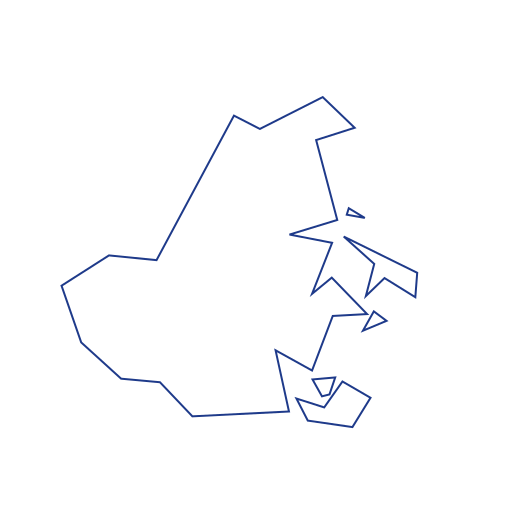 an SVG outline of South Gyeongsang, rotated 295°
{"feature_id": "KOR-2505", "entity_name": "South Gyeongsang", "entity_type": "Province", "adm_level": 1, "iso_a3": "KOR", "parent_name": "South Korea", "parent_adm1": "", "projection": "equal_earth", "projection_center": [128.367, 35.249], "detail": "coarse", "context": "isolated", "style": "outline", "palette": "blue", "viewbox_px": 512, "rotation_deg": 295, "n_neighbors": 0, "source": "natural_earth", "source_scale": "10m", "svg_char_len": 768}
<svg xmlns="http://www.w3.org/2000/svg" viewBox="0 0 512 512"><g transform="rotate(295 256 256)"><path d="M386.5,261.5L323.0,314.4L289.6,277.3L300.1,319.4L245.4,322.8L268.4,333.8L250.3,381.2L234.1,350.9L175.9,355.2L178.8,313.6L129.0,351.6L83.8,266.1L101.0,222.3L87.8,185.6L103.8,134.1L146.9,92.3L194.4,122.5L210.2,167.6L373.9,176.7L372.8,205.8L428.2,249.3L413.9,291.2L386.5,261.5ZM310.7,327.3L308.9,409.2L286.0,417.8L290.3,381.8L266.1,372.5L298.8,366.5L310.7,327.3ZM178.8,387.4L175.9,419.7L141.7,415.7L128.7,372.5L143.9,352.9L147.6,381.8L178.8,387.4ZM179.4,379.1L161.6,381.1L156.7,375.1L168.0,359.4L179.4,379.1ZM233.5,384.5L255.6,386.2L252.4,401.7L233.5,384.5ZM338.5,319.9L336.5,338.5L331.8,320.8L338.5,319.9Z" fill="none" stroke="#1e3a8a" stroke-width="2"/></g></svg>